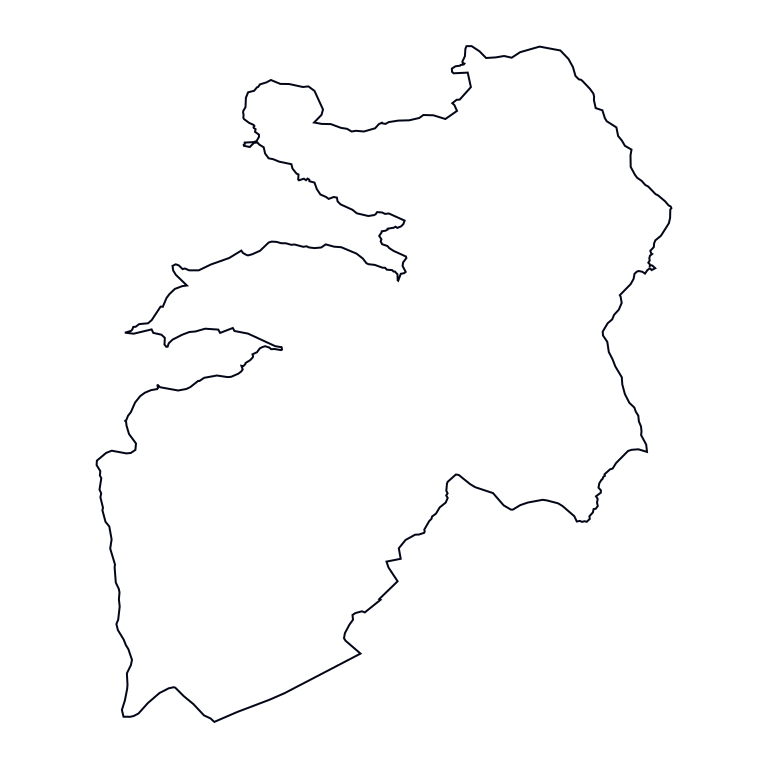 the district of Teliucu Inferior, Hunedoara, Romania
{"feature_id": "2599482B31599362793589", "entity_name": "Teliucu Inferior", "entity_type": "district", "adm_level": 2, "iso_a3": "ROU", "parent_name": "Romania", "parent_adm1": "Hunedoara", "projection": "robinson", "projection_center": [22.87, 45.686], "detail": "fine", "context": "isolated", "style": "outline", "palette": "ink", "viewbox_px": 768, "rotation_deg": 0, "n_neighbors": 0, "source": "geoboundaries", "source_scale": "gbopen_adm2", "svg_char_len": 6075}
<svg xmlns="http://www.w3.org/2000/svg" viewBox="0 0 768 768"><path d="M641.5,431.4L641.0,426.4L638.9,421.5L638.3,415.7L635.8,411.7L634.3,407.5L629.4,402.9L624.9,394.1L622.3,384.5L621.8,377.3L615.3,366.4L612.6,359.4L608.8,352.0L607.3,341.9L603.0,335.5L602.7,331.6L607.7,323.2L612.2,319.4L614.1,314.8L618.8,309.7L621.7,302.9L620.6,296.6L619.8,295.2L630.6,284.2L633.6,278.9L634.5,273.8L636.9,271.6L638.7,271.0L642.4,271.8L645.0,273.6L647.4,270.1L649.4,268.7L650.4,268.6L651.7,270.1L655.2,268.2L652.4,265.6L651.0,265.2L649.8,266.0L649.9,264.4L648.3,262.7L649.7,260.6L649.3,258.3L650.0,255.6L652.2,254.0L651.1,253.2L650.3,250.8L653.8,247.1L654.1,243.3L655.4,240.3L661.0,235.7L668.9,223.2L670.1,217.8L670.3,209.5L671.4,208.2L670.7,206.5L668.6,205.4L665.2,201.4L658.1,195.4L655.5,194.1L648.2,186.5L645.3,185.0L641.8,181.0L637.2,177.8L635.0,174.9L630.7,166.9L630.5,155.4L631.5,149.6L624.9,145.8L621.9,140.6L618.1,136.0L616.4,127.4L606.7,121.2L604.8,118.0L602.4,110.3L595.7,108.1L593.9,100.0L594.1,96.7L593.4,93.6L589.9,88.8L582.3,80.8L580.8,79.7L578.9,79.4L575.5,76.0L572.9,67.0L568.5,59.0L560.4,50.5L539.6,46.6L520.1,52.2L511.7,57.7L504.1,56.0L495.7,57.4L486.1,58.0L479.5,51.3L471.6,46.1L466.5,46.1L465.4,48.8L464.9,56.2L462.4,61.6L462.6,62.8L464.4,63.6L463.7,64.5L460.6,65.0L460.0,65.7L455.4,66.3L451.9,68.6L452.0,71.8L453.6,73.3L467.7,72.6L470.9,87.1L459.7,99.6L456.6,99.8L452.3,103.2L454.4,105.1L457.0,110.9L445.4,119.0L433.4,115.3L423.4,115.0L419.2,118.0L409.2,120.3L398.3,120.6L388.7,122.1L385.5,123.9L382.2,123.3L381.9,122.7L378.9,124.1L375.1,128.3L363.9,131.5L355.9,130.8L351.6,131.5L347.0,128.8L341.1,127.9L330.8,124.1L321.6,123.9L314.1,122.5L321.5,114.9L323.0,109.5L314.5,90.9L308.4,86.4L302.9,87.0L289.0,84.0L280.3,83.9L270.9,80.0L266.4,82.4L259.9,84.4L258.2,86.9L257.0,87.3L254.1,90.8L248.1,92.3L245.9,97.8L245.5,107.2L243.3,110.8L243.1,112.5L243.6,114.9L243.3,117.5L243.9,119.0L249.0,122.8L253.6,124.9L254.4,126.0L253.5,127.1L253.8,128.0L255.6,129.2L255.0,131.8L258.9,134.6L259.0,136.8L256.6,141.1L253.5,142.1L244.7,142.6L244.8,143.9L243.7,144.9L243.9,145.8L249.8,147.0L253.9,142.9L257.4,142.5L259.3,144.6L263.7,147.3L265.1,153.5L268.6,158.3L273.2,159.2L279.0,161.6L291.4,164.2L292.5,168.6L296.5,173.6L298.5,174.5L298.2,179.6L299.0,180.3L303.9,178.7L306.0,180.2L307.6,178.6L309.3,179.7L309.4,181.2L314.5,182.6L316.8,189.1L320.4,194.5L325.9,196.9L328.7,198.9L333.7,197.0L336.9,197.6L337.6,201.4L340.6,204.4L352.5,209.8L356.8,213.3L368.3,216.0L374.0,215.1L375.6,214.3L377.1,212.1L382.2,212.5L385.0,213.9L388.9,213.5L404.6,220.6L403.4,224.0L401.2,226.3L397.3,227.9L395.6,226.7L393.8,227.7L387.6,228.7L387.6,229.6L385.5,230.7L381.7,231.3L381.6,232.4L379.2,235.9L381.4,239.3L380.7,241.4L382.1,244.2L387.4,246.0L389.4,248.2L393.6,250.9L405.9,256.5L406.4,258.0L403.1,262.4L402.6,266.0L405.7,271.9L404.1,273.2L400.8,273.8L398.2,280.7L397.7,280.3L397.5,274.4L394.9,271.5L393.5,271.5L392.1,270.1L386.9,269.7L385.1,267.8L382.5,267.7L374.8,264.9L368.5,264.2L366.4,263.2L362.8,258.5L356.5,253.6L341.2,247.2L334.2,246.7L325.7,244.4L321.2,247.5L314.5,248.1L308.8,247.4L306.7,246.3L303.2,246.8L294.5,244.5L291.2,244.8L286.0,243.3L281.1,243.2L276.6,241.9L271.7,241.6L268.7,242.5L260.0,250.8L252.1,254.3L248.0,255.4L246.2,254.8L243.0,253.0L241.3,250.6L229.2,258.0L211.1,264.4L198.8,270.3L189.1,270.3L184.9,268.5L182.6,269.1L178.8,265.4L175.7,264.3L172.5,265.9L173.2,270.5L175.8,274.8L186.9,285.5L182.3,286.1L174.9,288.9L169.5,294.0L166.5,298.0L162.8,306.8L160.6,306.6L151.7,320.1L148.0,323.3L139.2,324.1L135.6,326.8L133.3,326.9L132.3,329.5L131.0,330.9L124.9,332.7L133.7,333.7L151.6,329.4L153.3,332.9L161.4,334.7L164.8,337.8L164.5,344.6L166.3,346.8L167.6,346.7L168.8,343.2L172.6,339.6L182.0,334.8L189.4,332.0L195.3,331.5L205.2,328.7L218.3,329.6L220.1,332.9L232.8,328.0L234.5,331.0L248.0,333.6L275.3,346.2L281.6,347.2L282.0,349.6L281.1,350.1L274.5,349.0L271.2,349.2L269.2,347.5L265.1,346.2L262.1,347.2L259.8,348.4L257.0,352.2L252.5,354.3L253.1,356.3L252.7,357.5L250.0,360.3L245.6,362.9L245.4,364.0L243.4,366.1L241.4,365.8L242.7,369.4L241.3,371.4L238.3,373.7L231.2,376.8L227.6,377.1L216.9,375.5L204.2,377.8L199.4,381.0L198.2,380.9L190.3,387.1L186.3,389.0L178.1,390.5L160.0,387.2L157.9,385.1L157.5,385.3L157.9,388.2L157.1,389.1L151.1,390.1L144.9,392.7L140.2,396.1L135.1,402.5L130.9,412.1L128.0,415.8L126.4,419.9L125.2,420.9L126.1,421.8L126.5,425.5L129.0,434.0L136.0,443.5L135.4,449.9L130.7,453.0L126.4,453.4L111.7,450.7L106.0,453.0L96.9,460.6L96.6,465.1L100.3,471.1L99.9,475.5L101.3,478.2L99.5,489.6L101.2,493.3L100.4,497.3L103.0,507.8L102.4,510.2L105.5,521.8L109.3,526.5L111.6,539.4L110.2,548.6L115.0,564.5L114.6,567.2L115.8,582.6L118.8,588.9L119.5,592.3L118.9,599.4L119.7,606.5L118.2,619.6L116.4,624.1L117.9,630.1L123.7,639.6L125.9,645.2L128.3,649.0L132.0,659.9L130.9,665.1L126.9,673.3L127.5,685.0L127.1,689.2L124.9,700.4L121.9,709.9L123.5,716.7L130.2,716.8L133.7,716.0L138.5,713.5L147.8,703.1L159.5,693.0L168.7,688.3L173.9,687.2L175.4,687.8L183.8,696.2L193.4,704.1L204.0,715.4L210.5,718.4L214.3,721.9L237.2,712.0L269.6,699.7L284.7,693.1L360.5,653.6L345.5,640.7L344.0,638.2L344.9,633.2L349.4,624.7L353.0,619.7L352.5,615.0L355.3,613.1L361.9,611.3L364.8,612.4L380.5,599.8L379.2,599.1L397.6,581.3L388.5,567.5L386.5,561.6L400.7,558.8L398.8,548.3L405.6,539.9L415.1,534.7L419.1,534.5L424.2,532.8L424.7,531.4L424.3,529.6L429.2,521.1L431.5,518.8L432.0,516.6L436.0,513.6L439.7,507.4L445.7,502.6L447.7,497.9L446.2,495.5L447.6,493.3L446.3,490.8L447.0,483.5L447.7,481.8L455.9,474.5L458.8,475.0L470.2,484.2L475.2,487.2L493.0,493.1L503.7,505.4L510.9,509.6L512.9,509.6L520.3,505.1L528.0,502.5L542.7,499.8L546.8,500.4L558.0,503.3L562.5,506.0L574.3,516.2L576.8,521.5L579.8,520.9L582.1,521.9L584.3,521.2L586.7,521.8L589.8,518.9L589.4,516.3L592.9,512.4L593.6,509.1L595.8,508.7L597.8,506.0L597.0,502.6L597.7,499.0L596.0,496.3L600.8,492.7L600.9,490.3L598.5,487.7L599.3,483.3L601.6,479.6L602.3,479.4L603.5,476.6L604.9,475.8L604.5,474.3L610.1,469.3L612.6,468.6L616.1,463.0L628.0,451.0L631.6,449.8L638.4,449.3L647.0,451.9L646.2,444.6L641.1,435.1L641.5,431.4Z" fill="none" stroke="#020617" stroke-width="2"/></svg>